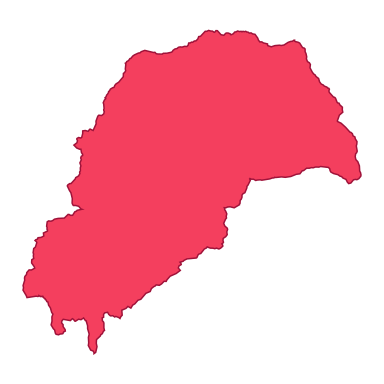 outline of Huanuco, Huánuco, Peru
{"feature_id": "86281439B77325652799034", "entity_name": "Huanuco", "entity_type": "district", "adm_level": 2, "iso_a3": "PER", "parent_name": "Peru", "parent_adm1": "Huánuco", "projection": "albers", "projection_center": [-76.232, -9.851], "detail": "fine", "context": "isolated", "style": "filled", "palette": "rose", "viewbox_px": 384, "rotation_deg": 0, "n_neighbors": 0, "source": "geoboundaries", "source_scale": "gbopen_adm2", "svg_char_len": 5826}
<svg xmlns="http://www.w3.org/2000/svg" viewBox="0 0 384 384"><path d="M218.9,249.0L220.6,248.2L222.8,246.2L222.7,245.1L221.8,243.9L223.0,243.0L223.5,242.2L223.0,240.7L223.2,238.4L225.7,236.7L227.2,234.7L226.8,231.8L227.6,229.5L227.3,228.2L224.8,226.0L223.7,223.3L225.5,219.3L226.5,218.0L226.2,216.3L226.8,213.9L225.7,211.2L224.7,209.7L224.7,208.7L224.3,207.7L225.8,207.8L228.1,206.8L228.9,207.0L229.8,206.7L234.2,207.8L239.5,204.7L239.4,204.0L240.0,203.4L240.2,200.4L241.3,199.1L242.0,197.2L242.0,195.1L243.0,193.7L244.9,192.7L246.9,187.8L246.9,186.4L248.0,185.1L250.3,180.4L249.6,178.9L249.9,178.5L251.3,179.2L253.5,179.2L255.8,180.5L256.9,180.1L260.1,179.8L261.8,180.2L269.8,178.9L272.3,178.0L274.0,177.9L274.6,177.3L275.7,177.5L281.5,176.9L285.3,177.3L290.8,176.5L296.3,174.3L299.9,173.8L302.3,170.7L303.6,170.6L306.6,168.2L309.4,168.2L311.5,167.6L313.1,167.8L315.6,167.0L318.9,167.1L320.6,166.5L328.3,167.4L329.7,168.7L330.1,170.7L330.9,172.1L333.7,173.6L338.0,174.7L340.0,176.2L341.5,176.5L343.0,178.1L346.0,179.4L347.4,182.2L348.7,183.6L350.9,183.0L353.5,179.8L355.5,179.4L356.9,179.7L358.8,178.7L360.8,176.2L361.0,174.9L360.5,172.5L359.7,171.2L359.4,165.8L357.8,161.7L355.8,159.5L355.2,156.5L355.7,153.6L356.6,152.8L357.2,151.2L356.3,145.9L356.8,144.2L357.0,141.6L355.3,138.8L354.9,136.9L353.0,135.8L352.4,133.7L350.8,132.3L350.0,132.2L345.6,127.3L341.1,123.2L337.7,121.6L337.3,121.0L339.4,115.1L342.8,112.2L342.3,109.8L342.4,107.2L339.8,104.8L339.1,103.2L337.7,102.9L337.1,102.3L335.5,98.2L334.6,97.3L333.5,97.1L329.3,92.4L328.9,91.0L329.4,89.2L328.7,88.2L327.7,88.1L326.9,87.1L324.3,86.1L323.3,85.0L321.3,84.1L319.6,81.9L318.6,78.5L315.9,76.4L315.3,75.1L313.6,73.9L312.2,72.0L310.0,67.8L310.4,64.5L309.4,62.8L307.5,61.6L306.4,58.9L306.7,56.8L306.0,53.6L305.1,51.6L305.1,49.0L304.1,48.0L303.1,47.9L302.2,47.1L299.7,43.1L298.0,42.2L295.3,41.6L294.5,40.9L294.6,40.2L293.9,40.2L292.2,41.4L291.1,41.3L288.2,42.3L284.0,45.0L281.3,45.5L279.5,45.2L274.9,45.6L271.3,46.8L267.7,45.6L267.5,43.9L263.3,42.9L261.9,41.9L259.8,41.9L258.3,39.9L257.8,38.2L255.0,34.3L252.6,33.9L251.1,32.9L249.3,33.1L248.0,32.1L246.6,32.0L245.8,31.3L244.2,31.7L243.0,31.3L242.0,31.8L241.1,31.3L239.7,31.6L237.6,31.0L236.2,31.8L234.6,32.1L233.4,33.7L231.3,34.7L230.8,34.7L230.2,33.8L228.1,33.0L226.5,33.0L225.7,33.3L223.8,35.3L221.0,34.7L217.4,30.7L216.0,30.6L214.9,32.0L214.2,32.3L212.4,31.1L211.0,31.1L208.6,30.4L206.9,31.3L205.2,31.3L200.5,36.3L198.7,36.6L197.8,39.0L195.9,40.9L194.3,41.0L192.6,42.3L191.5,42.1L190.2,42.9L188.7,43.0L188.1,45.3L186.9,46.5L184.6,46.3L182.1,47.1L180.2,46.9L178.4,47.3L177.1,48.5L174.9,49.0L173.0,50.4L172.4,51.5L171.5,52.2L167.0,53.2L163.3,53.3L162.2,54.1L157.8,54.0L156.2,53.7L154.9,52.3L153.5,52.5L144.8,50.4L141.2,51.7L139.9,52.9L138.5,53.0L134.4,54.9L132.8,56.0L130.8,58.4L129.9,58.6L128.5,60.6L126.7,61.6L126.3,62.7L125.3,63.2L125.8,64.5L125.3,69.0L125.7,70.8L124.5,72.6L123.4,73.4L123.3,76.7L118.7,82.2L115.9,84.0L114.8,85.4L114.0,87.4L112.7,87.7L110.4,89.1L109.4,91.0L108.6,91.5L108.5,92.5L107.5,94.2L106.6,95.1L106.1,96.7L105.0,97.8L105.7,98.7L104.3,100.2L103.2,102.8L103.7,104.1L104.1,108.6L103.7,109.5L103.8,110.8L104.3,111.5L103.7,113.9L101.7,115.5L98.8,115.2L97.8,116.2L96.0,121.1L96.1,123.9L93.1,130.5L90.2,129.1L89.6,129.3L88.2,131.3L85.2,130.5L82.7,130.9L82.7,133.5L81.7,137.4L80.8,138.0L78.6,137.5L76.9,138.5L76.8,139.2L77.5,140.7L76.9,142.8L73.9,145.1L76.7,148.0L79.5,149.2L80.9,149.2L81.5,152.7L82.6,154.2L82.6,155.5L81.3,156.3L80.7,158.0L81.3,159.8L79.9,162.9L80.9,165.9L80.3,167.8L80.4,170.8L79.6,172.1L79.9,173.6L78.5,176.0L75.7,177.6L75.2,179.0L71.1,183.5L69.7,183.6L67.9,184.8L67.3,185.9L69.5,190.6L70.9,192.7L72.3,198.5L72.1,203.1L72.8,204.8L73.4,205.5L75.8,205.5L78.7,206.3L81.0,209.0L81.9,209.3L77.1,210.3L76.5,211.1L74.8,211.8L72.6,215.3L70.4,215.3L69.2,214.5L68.1,214.4L64.3,218.1L58.1,218.4L54.4,219.2L52.8,220.5L51.0,221.2L48.6,220.9L47.2,221.8L46.6,226.3L47.1,227.4L47.0,229.3L47.5,229.9L47.4,231.1L43.4,233.0L43.8,236.0L41.1,237.4L38.0,237.7L37.5,239.1L35.8,239.7L35.0,240.5L36.5,241.8L36.8,242.6L35.4,247.1L33.7,248.5L33.1,252.8L33.6,254.0L33.3,255.9L33.7,258.5L31.8,259.7L31.6,262.3L31.7,263.1L34.3,266.8L34.7,268.2L31.4,270.0L29.1,269.9L26.8,272.5L26.5,274.5L24.9,276.4L24.5,278.0L24.7,280.2L23.1,285.5L23.5,287.8L23.0,290.1L26.3,295.7L27.0,297.6L36.1,296.2L38.0,296.5L38.7,296.1L38.9,295.5L40.3,296.6L40.9,296.2L42.3,296.8L42.8,296.3L43.8,297.9L45.1,298.6L45.2,299.5L46.2,300.1L46.8,301.6L47.9,302.0L48.6,305.2L50.4,307.9L51.7,312.5L52.9,314.1L51.9,316.9L52.0,321.2L51.1,324.9L53.3,328.7L54.6,329.9L55.4,333.3L56.1,334.3L58.6,334.8L60.2,334.0L62.0,333.9L62.9,333.6L63.7,331.9L65.3,331.1L65.1,329.5L63.1,326.6L63.1,324.7L61.6,322.9L61.9,320.8L63.2,319.3L70.3,320.6L72.4,318.7L73.5,319.4L74.8,321.1L75.5,321.2L78.6,319.2L81.0,319.7L83.6,318.0L85.4,320.6L86.1,320.7L87.6,325.8L87.6,328.7L89.2,334.1L88.4,337.3L88.7,342.9L88.3,345.5L90.7,350.1L93.1,351.0L94.0,352.5L94.0,353.6L95.7,352.4L97.0,346.7L96.3,343.3L96.5,339.6L100.3,336.0L100.8,334.7L102.3,333.7L103.5,331.1L104.5,330.5L103.9,327.9L103.9,323.2L103.6,322.1L102.4,320.7L102.2,317.9L103.6,317.3L103.6,314.4L104.6,312.9L107.6,312.3L108.7,314.3L110.1,315.6L110.8,315.9L112.8,315.7L114.7,317.0L115.9,316.4L118.9,317.6L120.0,318.5L120.8,316.7L122.2,315.2L121.8,310.2L126.0,308.4L127.9,306.4L130.9,308.1L132.7,305.1L134.9,303.8L138.0,300.2L140.8,299.3L145.9,293.3L150.2,291.5L151.4,288.6L153.7,286.7L155.2,286.0L156.2,284.9L159.4,285.3L161.6,283.9L164.1,281.3L166.2,281.4L166.9,279.9L170.1,276.2L176.2,273.5L180.3,270.4L178.3,268.0L179.0,265.9L181.2,264.6L180.9,263.2L180.0,262.2L183.1,261.3L184.1,260.3L187.0,258.9L196.3,258.0L196.9,257.6L198.0,255.0L198.8,254.1L200.8,253.5L204.3,249.0L206.4,248.0L207.2,246.9L210.2,248.1L213.0,248.2L214.8,248.7L216.5,248.1L218.9,249.0Z" fill="#f43f5e" stroke="#9f1239" stroke-width="1.5"/></svg>